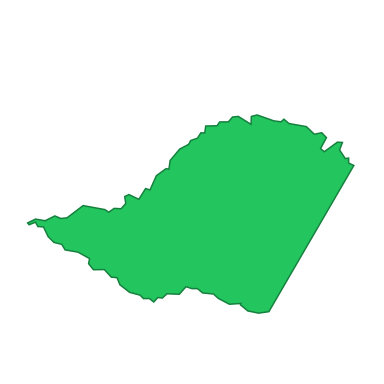 outline of Nacogdoches, Texas, United States of America, rotated 120°
{"feature_id": "52423323B39218063073671", "entity_name": "Nacogdoches", "entity_type": "district", "adm_level": 2, "iso_a3": "USA", "parent_name": "United States of America", "parent_adm1": "Texas", "projection": "mercator", "projection_center": [-94.585, 31.535], "detail": "fine", "context": "isolated", "style": "filled", "palette": "green", "viewbox_px": 384, "rotation_deg": 120, "n_neighbors": 0, "source": "geoboundaries", "source_scale": "gbopen_adm2", "svg_char_len": 1229}
<svg xmlns="http://www.w3.org/2000/svg" viewBox="0 0 384 384"><g transform="rotate(120 192 192)"><path d="M88.1,65.1L88.6,70.8L84.3,73.3L86.4,76.0L81.8,85.2L73.9,86.5L76.1,91.0L91.0,97.6L90.1,102.4L77.7,102.7L75.8,109.3L80.8,114.9L78.2,125.7L84.2,142.2L83.0,148.8L86.7,150.0L89.5,156.8L92.7,174.1L96.9,178.4L103.9,174.7L103.4,189.7L106.8,194.4L113.1,195.6L117.5,203.1L122.1,203.4L128.0,213.1L134.5,210.5L136.3,213.9L142.7,214.2L148.1,218.9L152.4,218.7L160.9,224.1L175.6,226.7L183.8,223.4L184.7,226.1L195.6,231.0L211.2,229.4L212.2,233.9L224.9,234.4L225.8,245.4L229.6,248.0L235.1,243.6L242.0,245.1L245.1,251.2L251.1,254.0L250.8,258.7L258.2,279.5L276.8,287.3L280.5,292.3L281.3,298.8L290.3,304.8L293.7,314.0L301.0,318.9L301.8,316.7L296.4,312.4L299.0,308.2L296.5,303.2L302.6,294.2L304.7,286.4L302.5,278.6L305.6,272.9L301.1,260.7L300.9,247.4L305.8,245.7L308.6,238.5L303.0,229.1L306.1,219.3L303.7,214.1L308.4,208.0L310.1,195.8L307.3,185.4L308.6,180.7L305.6,175.7L306.4,170.1L300.5,168.8L298.6,164.6L292.7,162.8L286.9,151.9L277.0,149.8L275.7,143.7L273.0,139.0L274.1,132.3L269.6,122.3L271.0,116.0L270.5,103.5L264.1,93.9L265.5,93.6L267.1,84.2L263.6,73.7L257.2,65.6L88.1,65.1Z" fill="#22c55e" stroke="#15803d" stroke-width="1.5"/></g></svg>